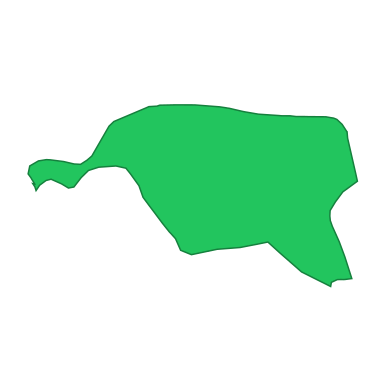 Yassin, Eastern Darfur, Sudan, rotated 93°
{"feature_id": "16777658B43092158713843", "entity_name": "Yassin", "entity_type": "district", "adm_level": 2, "iso_a3": "SDN", "parent_name": "Sudan", "parent_adm1": "Eastern Darfur", "projection": "robinson", "projection_center": [25.585, 11.706], "detail": "fine", "context": "isolated", "style": "filled", "palette": "green", "viewbox_px": 384, "rotation_deg": 93, "n_neighbors": 0, "source": "geoboundaries", "source_scale": "gbopen_adm2", "svg_char_len": 1487}
<svg xmlns="http://www.w3.org/2000/svg" viewBox="0 0 384 384"><g transform="rotate(93 192 192)"><path d="M190.2,324.0L190.7,322.7L194.5,315.6L193.2,310.2L183.4,303.4L175.9,296.5L172.1,286.4L170.0,269.3L171.7,259.2L177.0,254.5L188.5,245.3L199.9,240.6L208.0,233.9L214.3,228.6L225.0,219.7L233.1,212.5L234.4,211.1L239.5,206.0L250.8,200.3L254.6,189.3L247.9,164.0L244.9,141.0L242.0,129.4L240.9,124.9L238.0,113.6L247.9,101.5L266.1,78.4L279.1,48.6L275.0,48.1L274.9,48.0L271.9,42.4L271.8,41.6L271.6,39.0L271.5,36.3L271.5,35.9L271.3,34.4L270.2,28.5L270.1,27.9L262.4,30.8L248.7,36.0L233.9,42.4L218.9,50.1L213.3,52.4L208.7,53.1L203.3,53.1L194.4,48.3L184.0,41.4L172.6,27.4L164.6,29.6L130.2,39.4L123.8,40.3L123.8,40.5L123.4,40.7L116.6,45.6L112.3,50.7L111.9,51.2L110.8,54.4L110.5,57.3L109.9,62.3L110.7,80.3L110.7,81.3L110.8,83.9L111.1,90.4L111.2,92.0L110.8,97.9L111.2,106.3L111.2,106.7L111.1,109.6L111.0,116.6L110.8,129.8L109.6,139.9L109.2,143.5L108.7,146.7L106.5,159.0L106.3,161.3L106.1,162.7L105.5,169.0L105.0,189.7L104.9,193.8L105.8,212.4L107.0,228.8L107.4,229.8L108.1,231.4L108.4,234.2L109.0,239.5L110.7,242.9L125.7,273.7L130.6,278.3L161.3,293.9L165.8,298.6L170.2,304.7L170.2,311.2L168.3,321.8L167.3,335.3L167.3,339.1L169.0,347.0L174.5,355.4L175.9,355.6L182.5,356.6L185.7,354.0L185.9,353.8L186.5,353.4L187.3,352.9L191.9,349.7L192.1,349.5L192.4,349.4L192.0,351.4L195.0,349.2L198.7,347.8L193.2,344.5L188.1,338.3L186.6,333.4L190.2,324.0Z" fill="#22c55e" stroke="#15803d" stroke-width="1.5"/></g></svg>